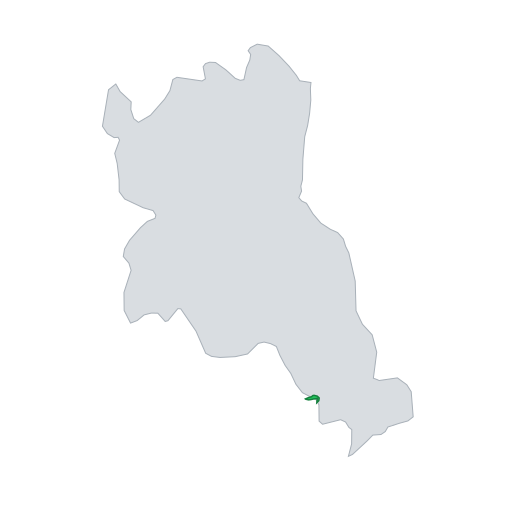 Zavrc highlighted on a map of Slovenia, rotated 83°
{"feature_id": "SVN-1050", "entity_name": "Zavrc", "entity_type": "Municipality", "adm_level": 1, "iso_a3": "SVN", "parent_name": "Slovenia", "parent_adm1": "", "projection": "orthographic", "projection_center": [16.053, 46.352], "detail": "fine", "context": "in_parent", "style": "filled", "palette": "green", "viewbox_px": 512, "rotation_deg": 83, "n_neighbors": 0, "source": "natural_earth", "source_scale": "10m", "svg_char_len": 1988}
<svg xmlns="http://www.w3.org/2000/svg" viewBox="0 0 512 512"><g transform="rotate(83 256 256)"><path d="M466.1,188.7L454.2,184.0L440.0,182.1L437.4,184.7L431.7,187.3L428.8,192.0L431.1,210.4L427.6,213.5L411.4,211.7L406.1,213.8L397.3,226.6L388.2,232.0L376.7,235.8L368.2,240.4L357.5,244.4L348.3,246.8L344.7,252.3L342.4,258.5L343.0,264.5L352.2,276.3L353.4,288.9L352.3,304.2L350.2,312.4L346.4,317.8L323.3,324.7L299.3,337.1L298.7,340.0L309.5,351.3L309.9,354.1L300.8,360.4L299.9,366.8L300.8,374.2L305.6,381.8L307.3,388.7L294.0,393.5L276.1,391.5L255.0,381.7L247.6,383.0L240.3,387.8L233.0,385.6L225.0,379.6L213.8,367.2L208.4,359.6L206.3,351.6L203.2,350.4L198.4,352.6L194.3,362.2L183.4,379.4L175.5,383.9L163.8,382.6L147.2,382.5L136.9,383.7L124.4,377.3L121.4,378.4L121.2,382.4L116.4,388.6L108.5,392.6L73.0,382.1L68.2,374.2L76.3,370.8L87.8,361.1L95.4,362.4L104.8,360.6L109.0,356.4L103.4,343.5L89.1,327.5L81.4,321.3L70.7,317.0L69.0,312.7L75.7,288.2L74.0,284.6L61.7,285.4L58.9,282.7L58.0,278.4L59.0,272.6L67.6,263.2L77.1,255.0L79.7,250.3L79.5,246.5L67.8,242.4L60.8,238.3L55.3,236.7L51.3,238.8L48.5,236.2L45.9,229.0L49.1,218.3L60.0,208.7L71.6,200.1L81.7,193.9L87.4,191.3L90.5,180.3L96.3,181.6L107.9,182.6L120.9,185.4L132.9,188.9L143.5,193.1L165.8,197.7L186.1,200.6L192.2,203.0L197.2,202.9L203.3,206.4L207.0,203.9L209.8,199.5L221.0,194.4L231.3,187.6L238.6,178.9L242.7,172.1L249.8,167.2L257.3,165.9L264.2,163.5L293.0,160.6L322.6,163.4L336.7,158.7L348.4,150.3L365.4,148.0L366.2,147.9L391.6,154.4L393.5,150.7L394.6,149.0L394.2,130.5L402.2,122.0L409.6,118.5L434.8,119.6L438.2,125.3L439.5,134.1L441.8,145.9L446.0,149.1L448.4,153.7L448.0,161.9L452.9,168.0L464.7,184.4L466.1,188.7Z" fill="#d9dde1" stroke="#a8b0b8" stroke-width="1"/><path d="M409.0,213.5L404.9,212.6L404.9,216.1L405.2,218.9L405.2,221.4L404.2,224.1L403.9,224.4L402.9,221.0L402.6,218.8L402.3,217.7L401.8,217.2L401.4,216.4L401.4,215.2L402.6,212.2L404.6,210.6L407.3,211.3L409.0,213.5Z" fill="#22c55e" stroke="#15803d" stroke-width="1.5"/></g></svg>